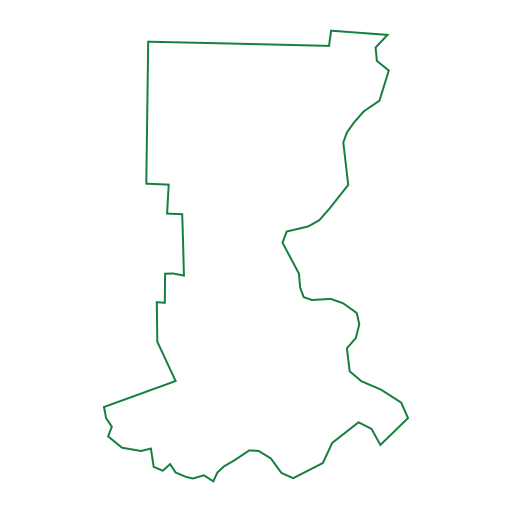 outline of Dona Francisca, Rio Grande do Sul, Brazil
{"feature_id": "56859067B48007272498285", "entity_name": "Dona Francisca", "entity_type": "district", "adm_level": 2, "iso_a3": "BRA", "parent_name": "Brazil", "parent_adm1": "Rio Grande do Sul", "projection": "orthographic", "projection_center": [-53.341, -29.561], "detail": "fine", "context": "isolated", "style": "outline", "palette": "green", "viewbox_px": 512, "rotation_deg": 0, "n_neighbors": 0, "source": "geoboundaries", "source_scale": "gbopen_adm2", "svg_char_len": 1018}
<svg xmlns="http://www.w3.org/2000/svg" viewBox="0 0 512 512"><path d="M387.5,34.9L331.1,30.7L329.0,45.9L229.1,43.5L148.2,41.7L146.3,183.7L168.7,184.6L167.1,213.6L182.2,214.2L183.0,239.4L183.9,275.6L173.2,273.5L165.1,273.7L164.8,302.8L156.8,302.2L157.3,341.7L175.6,381.0L104.0,407.0L106.1,418.1L111.8,426.7L108.1,436.4L122.0,447.7L141.0,451.0L150.9,448.6L153.7,466.9L162.8,470.7L170.1,464.1L175.6,472.5L185.5,476.7L192.8,478.5L203.9,475.3L213.3,481.3L217.4,472.5L223.8,466.5L234.4,460.3L249.2,450.4L258.5,450.9L270.8,458.4L281.4,472.9L293.2,478.2L322.9,463.0L332.2,442.9L358.5,422.3L371.5,428.9L380.4,444.9L408.0,418.1L401.2,402.6L380.9,389.6L361.3,381.2L349.7,371.3L346.9,348.3L355.9,337.9L359.3,324.3L356.7,313.0L343.2,303.3L330.7,298.9L311.9,300.0L303.7,297.1L300.2,287.8L298.9,273.5L282.5,242.7L286.7,231.5L308.3,226.4L319.3,220.2L329.9,208.1L348.2,184.9L343.3,142.4L346.9,132.5L353.9,122.6L363.8,111.3L379.4,100.7L388.8,70.6L376.9,60.9L375.6,47.5L387.5,34.9Z" fill="none" stroke="#15803d" stroke-width="2"/></svg>